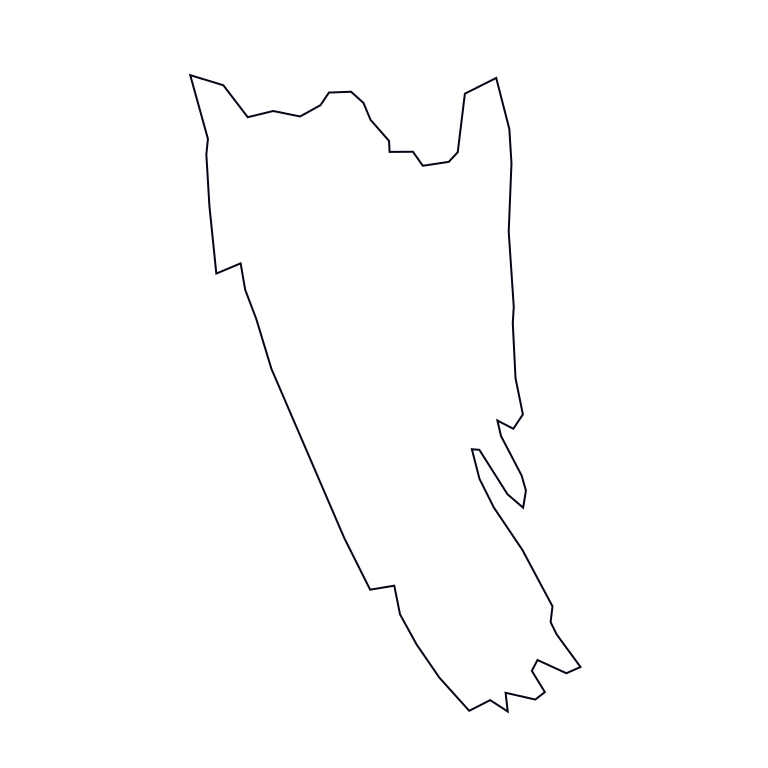 Perry, Pennsylvania, United States of America, rotated 276°
{"feature_id": "52423323B70700316727445", "entity_name": "Perry", "entity_type": "district", "adm_level": 2, "iso_a3": "USA", "parent_name": "United States of America", "parent_adm1": "Pennsylvania", "projection": "robinson", "projection_center": [-77.275, 40.407], "detail": "fine", "context": "isolated", "style": "outline", "palette": "ink", "viewbox_px": 768, "rotation_deg": 276, "n_neighbors": 0, "source": "geoboundaries", "source_scale": "gbopen_adm2", "svg_char_len": 939}
<svg xmlns="http://www.w3.org/2000/svg" viewBox="0 0 768 768"><g transform="rotate(276 384 384)"><path d="M670.9,159.0L609.3,183.3L593.8,183.3L542.6,191.8L476.3,205.7L489.0,228.8L463.2,236.1L435.5,250.1L387.2,270.5L226.8,360.5L178.0,391.7L184.5,415.3L156.6,424.0L128.4,443.6L97.7,469.8L67.9,502.9L80.7,522.6L71.2,541.3L89.6,537.2L86.0,567.4L94.4,576.2L114.2,561.0L125.5,565.5L115.4,595.6L123.1,609.0L153.1,581.8L164.6,574.6L180.5,574.8L233.4,539.0L272.7,506.1L299.6,488.9L328.3,478.2L328.5,485.7L287.2,518.4L275.5,535.3L292.9,536.3L307.4,530.4L344.5,505.8L359.5,500.6L353.0,517.3L368.3,525.3L403.5,514.2L458.1,505.7L474.2,505.0L548.6,492.1L616.8,487.7L650.7,482.0L700.1,463.6L681.2,434.1L622.2,433.1L611.7,425.2L605.1,399.8L618.0,388.5L615.4,365.3L626.3,363.6L645.3,343.0L661.4,334.2L671.2,320.7L668.1,298.8L654.7,291.7L641.3,272.6L643.9,245.1L635.1,220.6L664.3,193.0L670.9,159.0Z" fill="none" stroke="#020617" stroke-width="2"/></g></svg>